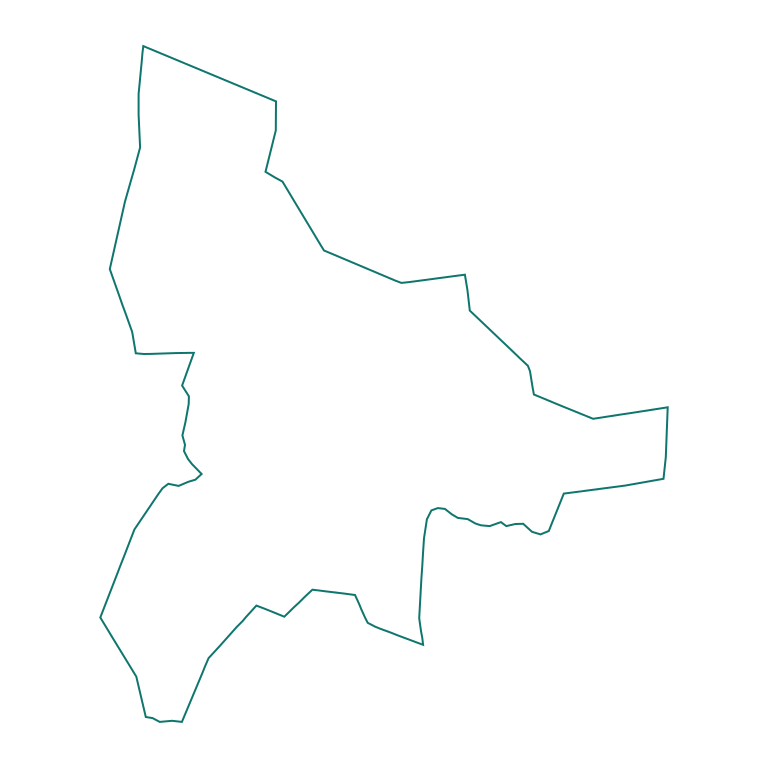 Picos, Piauí, Brazil
{"feature_id": "56859067B73574767858251", "entity_name": "Picos", "entity_type": "district", "adm_level": 2, "iso_a3": "BRA", "parent_name": "Brazil", "parent_adm1": "Piauí", "projection": "albers", "projection_center": [-41.518, -7.049], "detail": "fine", "context": "isolated", "style": "outline", "palette": "teal", "viewbox_px": 768, "rotation_deg": 0, "n_neighbors": 0, "source": "geoboundaries", "source_scale": "gbopen_adm2", "svg_char_len": 1754}
<svg xmlns="http://www.w3.org/2000/svg" viewBox="0 0 768 768"><path d="M423.1,644.8L422.2,637.3L421.1,631.7L419.2,618.2L421.4,578.5L422.3,565.7L422.9,555.1L424.0,538.3L426.9,519.3L431.4,510.4L437.8,508.1L444.9,508.9L451.8,514.3L457.8,517.9L467.7,519.1L475.4,523.5L480.9,525.3L489.7,526.1L500.9,522.1L506.3,526.1L515.3,524.0L523.2,523.8L532.0,531.8L540.5,534.4L548.8,531.0L551.3,524.7L563.8,493.6L625.0,485.6L663.5,478.8L665.8,457.2L667.7,407.3L629.8,413.2L620.3,414.6L593.1,418.8L563.1,406.6L551.7,401.9L533.9,394.5L532.6,387.5L530.0,371.2L527.9,365.8L520.0,358.4L513.9,352.5L469.8,310.6L467.4,289.8L464.9,274.7L453.4,276.2L409.1,282.1L401.4,282.9L395.3,280.6L324.0,250.5L321.2,246.0L316.7,238.5L299.3,209.6L282.5,181.6L274.6,177.3L265.5,171.8L275.8,130.4L276.0,101.4L143.3,46.1L142.5,52.6L141.6,62.9L139.2,87.8L138.6,93.9L138.6,114.8L140.1,147.5L134.2,169.4L131.3,179.4L124.9,201.9L109.8,269.1L119.0,295.1L122.2,304.3L125.7,313.8L132.2,332.0L135.8,353.3L143.9,354.0L151.0,353.9L162.8,353.5L175.2,353.1L187.1,352.9L193.8,352.9L182.1,385.6L188.9,396.3L188.7,404.0L185.4,422.3L182.4,435.4L185.0,444.8L184.0,451.1L188.0,459.0L191.9,464.0L201.6,474.0L195.4,479.7L188.6,481.7L178.6,485.9L168.3,483.8L162.5,488.3L158.1,494.4L134.4,529.5L123.7,557.2L119.6,567.6L117.6,572.9L115.3,578.8L100.3,617.5L113.2,638.8L136.3,676.6L145.8,717.0L152.6,718.1L159.7,721.9L172.1,720.8L181.9,721.9L202.8,672.0L204.8,666.9L208.6,658.1L220.4,645.3L236.8,626.9L242.6,621.1L246.1,616.9L256.4,605.6L264.3,608.6L284.3,616.7L294.0,607.2L298.9,602.7L304.2,597.4L312.4,589.7L331.0,592.0L343.7,593.5L355.0,595.0L359.1,603.9L361.3,609.3L365.0,617.5L367.7,622.8L375.2,626.7L380.9,629.0L390.8,632.6L397.3,635.2L415.5,642.0L423.1,644.8Z" fill="none" stroke="#0f766e" stroke-width="2"/></svg>